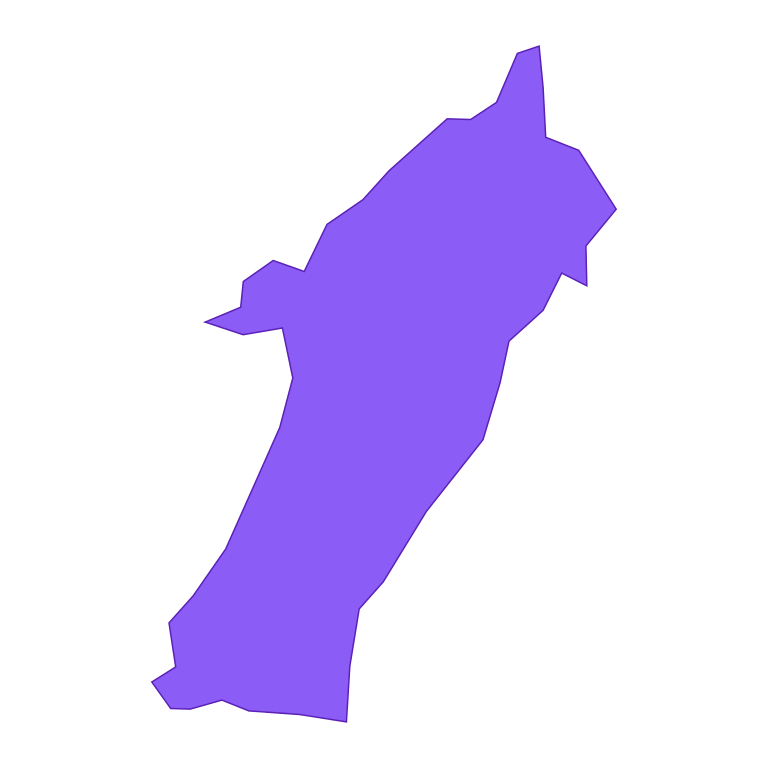 outline of Kizirik, Surkhandarya, Uzbekistan
{"feature_id": "79887680B98909134943467", "entity_name": "Kizirik", "entity_type": "district", "adm_level": 2, "iso_a3": "UZB", "parent_name": "Uzbekistan", "parent_adm1": "Surkhandarya", "projection": "orthographic", "projection_center": [67.318, 37.714], "detail": "fine", "context": "isolated", "style": "filled", "palette": "violet", "viewbox_px": 768, "rotation_deg": 0, "n_neighbors": 0, "source": "geoboundaries", "source_scale": "gbopen_adm2", "svg_char_len": 669}
<svg xmlns="http://www.w3.org/2000/svg" viewBox="0 0 768 768"><path d="M205.1,322.1L243.1,334.7L282.4,328.0L292.8,378.0L279.8,427.4L252.8,488.2L225.7,549.0L193.2,595.8L169.0,622.9L175.7,666.9L151.8,682.0L170.7,708.5L190.2,709.1L221.8,700.1L248.9,710.9L299.6,714.5L346.4,721.9L349.8,666.3L359.2,608.9L383.3,581.8L426.3,511.5L483.0,439.7L500.1,382.6L509.0,341.1L543.1,310.3L561.7,273.1L586.8,285.8L585.9,246.0L616.2,209.2L578.7,150.3L545.7,137.3L543.1,87.5L539.1,46.1L517.4,53.4L496.5,102.4L470.6,119.5L447.2,118.8L389.1,170.7L362.9,199.7L327.0,224.4L304.2,271.5L273.2,260.5L243.3,281.5L240.7,307.2L205.1,322.1Z" fill="#8b5cf6" stroke="#5b21b6" stroke-width="1.5"/></svg>